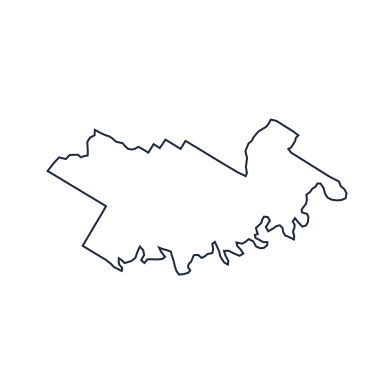 the district of Campina das Missões, Rio Grande do Sul, Brazil, rotated 302°
{"feature_id": "56859067B58621448764792", "entity_name": "Campina das Missões", "entity_type": "district", "adm_level": 2, "iso_a3": "BRA", "parent_name": "Brazil", "parent_adm1": "Rio Grande do Sul", "projection": "equal_earth", "projection_center": [-54.831, -27.962], "detail": "fine", "context": "isolated", "style": "outline", "palette": "slate", "viewbox_px": 384, "rotation_deg": 302, "n_neighbors": 0, "source": "geoboundaries", "source_scale": "gbopen_adm2", "svg_char_len": 2747}
<svg xmlns="http://www.w3.org/2000/svg" viewBox="0 0 384 384"><g transform="rotate(302 192 192)"><path d="M193.2,76.7L188.5,79.3L184.1,76.7L179.0,76.7L175.3,79.2L171.4,82.0L167.6,84.2L165.6,81.8L162.5,79.3L163.2,75.7L160.9,72.0L158.5,68.7L153.1,67.5L150.9,60.9L142.8,59.4L133.3,58.4L133.9,95.6L134.3,118.2L134.4,126.6L124.6,127.0L111.0,127.2L106.1,127.4L88.4,127.8L88.8,154.1L88.3,160.4L87.0,165.9L87.5,170.3L87.8,174.2L90.6,173.0L91.9,168.7L94.1,166.7L97.0,165.1L96.9,168.7L96.0,172.4L98.3,174.6L101.7,177.3L106.2,178.9L110.6,177.8L114.6,177.1L118.1,176.7L116.8,181.4L113.3,184.8L107.2,185.0L106.6,189.3L111.3,189.9L113.7,193.6L116.6,198.6L119.6,202.5L122.8,203.5L124.6,198.1L127.4,193.6L128.3,198.1L129.5,202.0L130.2,205.8L127.8,208.1L125.6,210.9L123.0,213.8L119.7,217.0L116.9,220.5L115.1,224.8L118.1,228.6L121.4,231.5L124.4,232.1L126.2,228.4L129.1,227.4L132.7,228.2L135.7,227.6L139.4,227.0L141.9,230.6L141.2,235.1L144.4,237.0L147.6,238.0L150.9,241.5L154.9,240.2L158.7,236.7L161.8,237.8L159.0,242.1L156.1,246.4L152.7,249.8L151.0,252.8L149.3,256.8L149.5,260.9L152.7,259.4L154.5,256.4L156.3,253.4L159.0,250.4L161.5,253.9L162.2,260.8L163.1,266.1L167.0,268.1L169.0,263.7L170.2,259.0L172.8,256.5L174.7,261.9L178.1,263.8L182.1,265.1L182.6,270.1L179.8,275.0L180.4,279.5L182.6,282.5L186.7,284.0L189.4,282.5L187.3,279.1L187.1,274.7L186.7,270.2L188.9,268.1L191.3,270.0L193.2,267.5L195.5,265.3L199.1,266.3L202.2,267.2L205.3,266.3L209.2,266.1L210.9,269.4L209.2,273.1L204.9,273.3L201.4,273.2L199.1,277.5L204.1,280.2L207.8,281.6L210.3,284.1L209.4,287.9L206.6,290.3L204.5,293.9L205.2,298.1L205.8,303.6L209.0,301.9L211.7,298.7L216.0,297.8L218.7,296.3L220.4,293.0L224.4,293.2L222.5,298.3L221.1,303.9L224.1,306.4L227.9,306.2L232.6,303.9L234.4,301.2L232.9,296.0L235.3,294.2L239.2,294.6L242.6,294.9L246.4,293.5L250.4,290.4L254.8,292.2L258.4,292.2L261.7,293.9L265.6,293.8L267.3,296.5L265.2,301.3L261.0,305.9L259.1,309.9L259.5,314.6L261.8,319.6L264.5,323.1L268.2,325.6L272.9,323.6L275.1,319.9L275.7,315.0L278.8,311.1L277.9,300.9L277.9,296.0L277.9,291.5L277.9,281.8L277.9,274.7L277.9,263.8L277.9,260.0L277.9,255.5L279.4,250.9L282.5,252.5L286.3,252.5L289.8,252.5L293.1,251.4L296.4,252.2L297.0,245.5L297.0,237.0L297.0,225.7L295.1,220.4L291.0,220.8L286.8,220.4L283.1,218.6L278.4,216.2L274.1,215.6L271.1,215.2L267.2,215.6L263.2,214.3L258.8,214.9L255.0,215.6L252.3,218.3L249.8,220.8L247.3,221.9L244.8,223.1L242.0,224.3L237.3,228.4L234.0,229.2L232.9,220.7L232.4,196.2L232.2,173.8L231.9,159.4L222.5,159.5L222.4,141.8L212.2,141.4L212.2,134.1L208.9,134.1L202.2,134.1L202.2,127.0L201.8,122.5L199.0,121.1L196.3,118.7L194.7,115.0L195.5,110.7L196.6,107.2L194.4,101.1L195.3,96.0L195.3,92.4L194.3,88.3L193.6,83.2L193.2,76.7Z" fill="none" stroke="#1e293b" stroke-width="2"/></g></svg>